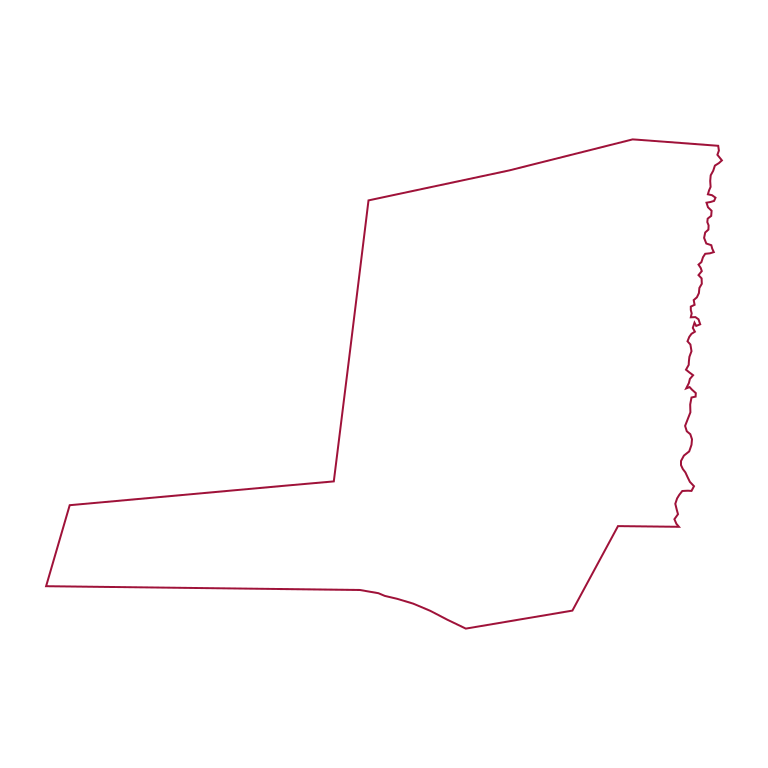 Manoel Emídio, Piauí, Brazil
{"feature_id": "56859067B6824305112078", "entity_name": "Manoel Emídio", "entity_type": "district", "adm_level": 2, "iso_a3": "BRA", "parent_name": "Brazil", "parent_adm1": "Piauí", "projection": "mercator", "projection_center": [-43.851, -8.19], "detail": "fine", "context": "isolated", "style": "outline", "palette": "rose", "viewbox_px": 768, "rotation_deg": 0, "n_neighbors": 0, "source": "geoboundaries", "source_scale": "gbopen_adm2", "svg_char_len": 1613}
<svg xmlns="http://www.w3.org/2000/svg" viewBox="0 0 768 768"><path d="M683.9,455.6L689.2,451.4L690.3,448.3L691.5,444.8L692.0,439.3L690.3,434.2L686.8,431.3L685.1,425.9L690.4,412.3L690.2,404.5L691.5,397.5L695.6,396.6L695.8,393.1L692.1,389.8L689.6,387.1L686.2,388.4L688.9,383.0L689.9,378.9L693.1,375.2L689.2,372.3L686.0,369.7L688.7,364.9L688.9,361.3L689.4,356.8L691.5,351.2L690.4,344.5L687.5,341.3L689.3,336.8L691.5,333.8L694.9,331.7L692.8,327.9L694.5,322.7L696.2,325.9L700.2,324.3L698.5,319.3L695.4,317.1L690.8,317.3L691.7,313.4L690.8,310.0L690.8,306.6L694.6,304.8L693.7,300.1L696.9,297.3L698.9,293.1L699.4,287.9L701.8,283.8L701.6,278.4L698.5,275.1L701.8,271.1L700.7,267.9L698.5,264.6L701.4,262.1L703.0,257.2L705.2,253.8L710.0,253.3L713.8,252.1L712.2,248.6L711.3,245.2L706.3,243.5L704.1,237.9L705.2,232.5L708.4,229.6L708.6,225.4L707.3,222.1L707.7,218.6L711.2,215.9L711.6,210.8L708.0,207.3L706.5,202.7L710.5,202.0L714.1,200.9L715.5,197.7L712.0,195.2L707.9,194.3L709.1,190.3L710.6,186.9L710.2,181.0L710.7,175.3L713.2,170.8L714.9,165.6L718.9,163.1L721.9,160.4L717.4,154.8L718.9,150.6L718.2,145.8L637.2,139.7L632.6,139.4L509.3,170.4L368.5,200.4L365.7,223.4L348.7,361.7L333.8,481.4L285.0,485.7L69.7,505.2L46.1,586.2L359.9,590.0L378.4,593.2L384.8,595.9L397.1,598.8L413.1,603.6L430.2,610.8L447.5,619.8L465.8,628.6L572.4,610.6L618.0,526.1L678.9,526.8L676.4,523.8L674.4,519.2L678.0,514.2L676.8,509.9L675.3,503.8L677.1,498.4L679.3,494.8L682.3,491.0L687.7,490.7L691.5,490.9L694.0,486.2L689.9,481.9L687.7,477.4L685.4,472.4L682.8,469.0L681.0,465.1L681.0,461.0L683.9,455.6Z" fill="none" stroke="#9f1239" stroke-width="2"/></svg>